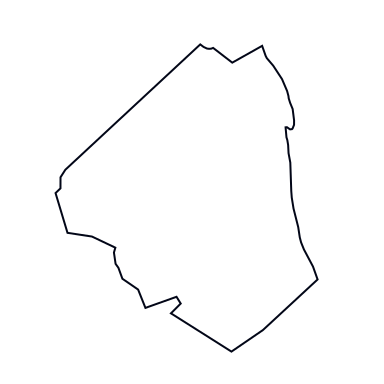 outline of Mercer, West Virginia, United States of America, rotated 277°
{"feature_id": "52423323B88049032816505", "entity_name": "Mercer", "entity_type": "district", "adm_level": 2, "iso_a3": "USA", "parent_name": "United States of America", "parent_adm1": "West Virginia", "projection": "natural_earth1", "projection_center": [-81.073, 37.416], "detail": "fine", "context": "isolated", "style": "outline", "palette": "ink", "viewbox_px": 384, "rotation_deg": 277, "n_neighbors": 0, "source": "geoboundaries", "source_scale": "gbopen_adm2", "svg_char_len": 846}
<svg xmlns="http://www.w3.org/2000/svg" viewBox="0 0 384 384"><g transform="rotate(277 192 192)"><path d="M38.4,250.6L63.6,279.2L90.9,302.3L120.5,327.3L132.7,321.2L148.6,310.1L155.3,306.4L160.1,304.5L170.1,301.7L187.9,294.8L198.6,291.7L205.1,290.4L233.1,286.0L242.3,283.1L250.3,281.7L255.1,280.3L257.8,279.1L267.6,277.0L267.9,278.3L266.1,281.7L266.6,283.6L267.3,284.1L271.1,285.1L275.5,284.6L286.6,281.8L292.5,278.5L296.7,276.6L299.1,276.0L303.8,274.1L315.0,267.6L327.3,257.2L333.9,250.0L336.1,248.5L345.6,243.8L325.3,216.2L337.6,195.4L336.6,193.6L336.2,191.5L336.2,189.4L337.4,185.8L339.5,182.2L198.7,63.6L190.6,59.7L179.6,61.0L174.3,56.7L136.3,73.4L135.6,98.1L127.4,122.7L122.4,121.9L111.4,124.9L107.8,128.2L97.4,133.5L88.6,150.4L71.3,159.9L86.1,189.4L79.9,194.4L69.0,185.9L38.4,250.6Z" fill="none" stroke="#020617" stroke-width="2"/></g></svg>